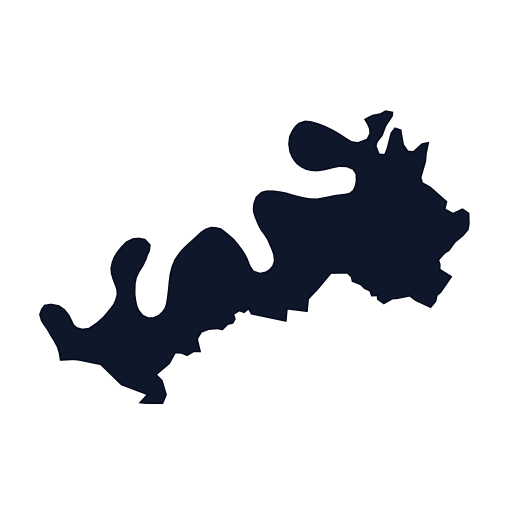 Marcelino Ramos, Rio Grande do Sul, Brazil, rotated 277°
{"feature_id": "56859067B19657711015039", "entity_name": "Marcelino Ramos", "entity_type": "district", "adm_level": 2, "iso_a3": "BRA", "parent_name": "Brazil", "parent_adm1": "Rio Grande do Sul", "projection": "natural_earth1", "projection_center": [-51.946, -27.463], "detail": "fine", "context": "isolated", "style": "filled", "palette": "ink", "viewbox_px": 512, "rotation_deg": 277, "n_neighbors": 0, "source": "geoboundaries", "source_scale": "gbopen_adm2", "svg_char_len": 3217}
<svg xmlns="http://www.w3.org/2000/svg" viewBox="0 0 512 512"><g transform="rotate(277 256 256)"><path d="M216.1,116.9L210.4,119.9L206.3,122.0L201.1,123.1L195.2,122.3L190.1,120.6L185.6,117.9L180.3,114.6L176.4,112.0L173.4,109.3L170.3,106.6L167.3,103.2L163.6,99.0L162.0,92.6L162.8,87.0L165.1,83.3L169.1,80.8L174.4,77.3L179.3,72.3L182.4,66.5L183.0,58.5L181.2,52.3L177.1,49.9L171.6,48.6L165.7,51.1L162.4,53.8L158.5,57.4L155.3,59.9L152.1,62.2L147.7,65.8L141.7,70.1L135.9,72.7L128.9,74.7L131.1,87.0L131.3,92.4L129.5,115.1L112.0,138.1L105.3,165.3L96.4,158.8L96.4,163.8L98.4,181.2L107.4,183.7L120.9,177.8L126.1,171.2L138.8,183.0L150.2,187.6L150.7,194.0L149.0,199.7L153.7,205.8L154.4,212.2L166.5,207.7L174.0,211.0L177.6,218.1L179.3,226.5L178.9,231.6L184.8,236.2L186.7,241.1L190.9,242.8L195.4,240.6L199.8,246.1L198.6,251.0L202.9,255.1L198.1,258.5L195.1,293.6L207.4,293.2L207.4,305.7L207.3,313.4L219.8,313.1L230.5,321.0L248.2,332.5L250.3,348.7L247.0,353.3L242.7,354.8L240.5,363.4L237.2,367.6L235.4,373.4L230.7,375.7L231.6,381.4L227.9,382.1L224.4,388.7L230.3,396.6L231.1,401.0L235.2,413.5L231.6,419.6L226.4,435.6L233.0,439.8L239.1,440.3L242.3,443.5L259.2,452.4L265.1,440.0L270.4,439.4L274.2,437.5L281.9,442.8L285.0,446.7L293.9,451.6L301.4,458.7L308.0,463.1L314.2,463.4L324.2,461.9L327.7,455.2L322.1,446.4L325.5,437.6L333.1,438.5L345.5,420.4L348.8,412.1L353.9,409.9L370.7,412.6L378.4,412.3L389.4,413.2L387.6,407.4L378.5,399.5L378.4,393.9L384.4,388.6L398.6,384.3L399.8,378.4L394.6,375.3L378.3,373.2L372.2,371.5L371.9,365.7L379.8,361.5L384.0,362.1L391.2,366.4L401.2,368.8L411.4,374.0L415.2,374.0L415.6,366.9L412.2,362.4L409.7,354.6L404.9,347.5L400.4,351.0L396.6,353.2L391.6,354.4L385.4,352.2L380.7,343.5L380.9,336.7L383.5,331.0L387.2,323.6L390.5,315.6L392.8,308.9L394.7,301.3L395.8,294.1L395.7,288.5L392.9,282.6L389.3,279.4L385.0,277.2L378.7,275.0L371.2,275.0L363.4,277.2L358.7,280.0L355.3,282.8L352.5,285.9L350.0,290.5L348.3,295.4L347.8,300.8L348.2,306.3L349.8,312.3L351.4,316.8L353.4,322.0L355.3,327.6L355.9,335.2L354.1,341.8L349.8,345.5L343.1,346.5L338.2,346.3L333.0,344.8L329.5,341.4L327.9,336.9L326.7,331.8L325.2,326.1L323.4,321.0L321.7,315.8L319.8,309.7L319.1,301.8L319.5,295.0L320.2,289.3L320.8,284.7L322.0,278.0L322.4,271.6L322.4,264.9L321.7,258.8L319.8,253.9L314.3,249.1L308.0,247.7L303.7,247.7L299.7,248.3L295.4,250.2L290.3,253.0L286.0,255.6L282.7,257.9L278.4,262.0L274.2,265.5L269.3,268.4L264.7,271.1L259.8,273.6L253.3,275.1L248.0,274.0L243.8,271.1L240.9,267.4L239.1,262.0L240.5,255.2L245.3,251.0L251.5,247.7L256.2,244.6L260.4,241.1L264.4,237.2L269.6,231.8L273.0,226.7L275.7,222.5L278.5,217.8L279.1,212.2L278.7,207.7L276.3,202.9L272.8,198.7L266.5,193.5L260.4,188.1L255.7,184.2L251.7,181.2L247.2,178.6L242.3,176.1L234.8,174.1L227.4,173.2L218.2,173.2L212.6,173.4L208.4,173.4L202.3,173.4L197.2,173.1L193.1,172.3L189.4,170.4L185.2,167.0L182.0,161.6L181.3,156.5L183.3,150.5L187.7,146.1L191.7,143.7L196.6,142.0L203.0,140.3L207.6,139.8L213.9,139.2L220.2,139.7L225.5,141.4L233.0,144.9L239.6,147.1L243.5,147.8L248.2,149.4L254.0,149.4L258.8,143.7L259.2,137.5L258.0,131.9L254.0,125.7L248.2,121.3L242.6,117.9L237.8,115.7L232.6,114.3L226.4,113.7L221.3,114.7L216.1,116.9Z" fill="#0f172a" stroke="#020617" stroke-width="1.5"/></g></svg>